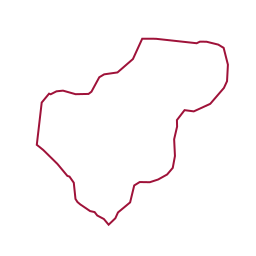 Santa Cruz Balanyá, Chimaltenango, Guatemala, rotated 100°
{"feature_id": "79465075B16496006430587", "entity_name": "Santa Cruz Balanyá", "entity_type": "district", "adm_level": 2, "iso_a3": "GTM", "parent_name": "Guatemala", "parent_adm1": "Chimaltenango", "projection": "orthographic", "projection_center": [-90.931, 14.695], "detail": "fine", "context": "isolated", "style": "outline", "palette": "rose", "viewbox_px": 256, "rotation_deg": 100, "n_neighbors": 0, "source": "geoboundaries", "source_scale": "gbopen_adm2", "svg_char_len": 765}
<svg xmlns="http://www.w3.org/2000/svg" viewBox="0 0 256 256"><g transform="rotate(100 128 128)"><path d="M89.9,51.2L71.9,40.5L64.7,38.6L48.3,40.6L32.5,47.7L30.2,53.6L29.4,65.7L30.5,72.2L32.6,75.1L35.3,116.1L37.6,129.5L59.2,135.1L75.1,148.0L79.3,160.8L83.0,165.1L98.6,170.3L101.3,172.8L103.8,185.5L102.5,198.5L104.3,204.8L108.2,210.0L107.9,211.7L117.9,217.4L160.4,214.9L164.4,207.6L175.7,191.2L185.7,179.4L186.0,177.2L191.3,171.9L207.0,167.4L209.7,164.9L211.5,161.8L216.4,150.9L216.6,146.3L219.5,143.1L221.8,136.0L226.6,130.3L219.1,124.8L212.9,123.2L200.9,113.0L183.5,111.9L179.2,107.1L177.6,97.1L173.5,89.4L167.0,81.4L159.5,77.0L147.4,76.9L131.1,80.6L118.1,79.9L111.7,81.2L100.6,75.4L100.2,66.1L89.9,51.2Z" fill="none" stroke="#9f1239" stroke-width="2"/></g></svg>